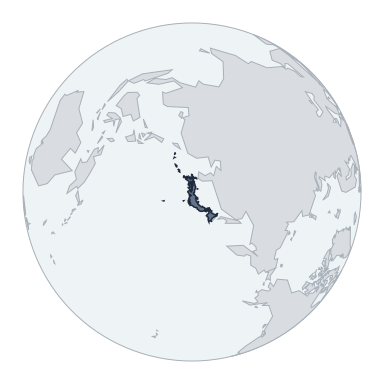 the Earth from above Japan, rotated 110°
{"feature_id": "JPN", "entity_name": "Japan", "entity_type": "country or territory", "adm_level": 0, "iso_a3": "JPN", "parent_name": "Asia", "parent_adm1": "", "projection": "orthographic", "projection_center": [135.292, 34.888], "detail": "fine", "context": "on_globe", "style": "filled", "palette": "slate", "viewbox_px": 384, "rotation_deg": 110, "n_neighbors": 0, "source": "natural_earth", "source_scale": "50m", "svg_char_len": 16943}
<svg xmlns="http://www.w3.org/2000/svg" viewBox="0 0 384 384"><g transform="rotate(110 192 192)"><circle cx="192" cy="192" r="169" fill="#eef3f6" stroke="#a8b0b8"/><path d="M306.2,296.4L306.1,297.1L305.9,297.3L306.2,296.4ZM328.1,91.9L327.0,91.0L329.6,94.0L333.2,99.2L332.9,98.8L331.0,95.9L327.1,92.2L326.9,93.9L318.8,89.1L302.9,77.5L304.5,76.7L300.5,74.4L298.3,75.5L297.9,76.8L281.2,73.7L272.3,81.0L274.8,87.5L270.1,83.2L278.5,98.9L277.1,107.5L275.4,95.3L272.7,92.3L270.1,96.6L266.7,94.5L263.6,95.6L259.8,92.9L259.1,86.5L256.6,84.7L255.0,88.0L250.1,87.6L253.0,83.0L244.8,82.1L242.1,72.2L252.8,63.8L248.1,57.7L250.5,47.9L247.0,47.2L245.7,43.7L241.3,41.7L243.0,40.9L237.9,40.1L237.2,41.3L234.7,41.5L232.0,40.6L233.7,39.2L235.4,39.4L234.5,38.6L236.5,38.4L233.9,38.0L236.4,36.7L230.0,36.7L228.6,34.6L231.3,34.2L236.2,35.9L254.5,40.4L258.7,41.2L259.8,40.2L250.9,34.5L253.4,35.0L253.0,34.5L249.3,33.2L248.2,33.2L241.1,31.1L240.7,31.9L237.8,31.3L235.2,31.8L230.1,30.1L226.4,28.3L228.2,27.9L226.7,27.3L220.4,26.6L219.5,25.4L214.3,24.5L226.5,26.6L238.5,29.6L250.2,33.4L261.7,38.1L272.7,43.6L283.4,49.9L293.5,56.9L303.1,64.7L312.1,73.2L320.5,82.3L328.1,91.9ZM341.2,179.8L339.8,176.7L341.6,177.0L341.2,179.8ZM338.3,176.0L339.0,176.8L338.3,176.3L338.3,176.0ZM337.5,176.4L338.1,176.1L337.5,176.8L337.5,176.4ZM336.4,177.4L336.9,176.7L336.9,176.9L336.4,177.4ZM334.4,177.9L333.8,177.9L334.2,176.9L334.4,177.9ZM298.2,77.9L298.6,75.8L301.8,75.8L301.9,77.7L298.2,77.9ZM291.6,78.6L290.9,76.8L295.4,78.9L294.4,79.3L291.6,78.6ZM277.4,92.9L278.4,90.5L278.6,93.6L277.4,92.9ZM263.8,96.3L264.6,97.7L262.6,97.7L263.8,96.3ZM238.2,32.8L236.8,32.3L238.0,32.4L238.2,32.8ZM238.5,33.5L241.0,34.1L241.5,34.5L239.9,34.2L238.5,33.5ZM255.0,93.6L251.6,93.4L255.0,92.5L255.0,93.6ZM235.3,32.9L242.0,35.3L242.9,36.2L237.7,35.8L235.3,32.9ZM249.5,92.5L241.2,92.5L242.3,95.5L234.7,87.3L244.2,89.8L248.2,88.1L247.5,90.6L249.5,92.5ZM238.1,42.1L238.8,40.8L240.7,42.8L238.1,42.1ZM240.0,43.4L249.6,50.1L247.3,51.9L244.5,49.1L243.6,52.5L237.7,50.0L236.9,47.6L239.6,46.9L235.3,46.6L240.0,43.4ZM231.8,83.0L229.7,82.2L231.8,81.9L231.8,83.0ZM233.9,41.7L236.0,42.8L234.2,44.4L229.6,42.5L231.7,42.6L233.9,41.7ZM246.2,54.7L244.0,55.7L238.6,53.9L237.1,54.1L237.4,50.1L246.2,54.7ZM230.7,41.8L227.3,41.6L225.7,40.1L231.7,40.8L230.7,41.8ZM235.7,45.6L234.6,46.3L233.7,45.3L235.7,45.6ZM218.1,35.3L220.7,36.2L220.0,37.1L218.1,35.3ZM226.1,41.7L226.7,42.2L226.7,42.7L224.2,42.4L226.1,41.7ZM233.6,49.2L231.9,48.4L233.2,50.8L229.3,49.8L230.2,47.3L228.2,48.0L226.9,47.7L229.1,46.1L233.6,49.2ZM221.6,43.7L221.4,40.6L216.8,38.5L217.3,37.6L224.7,41.2L221.6,43.7ZM225.8,45.2L223.3,44.0L225.2,43.4L228.1,43.8L225.8,45.2ZM226.3,50.1L232.1,52.2L231.7,52.7L226.3,50.1ZM219.9,43.1L220.0,43.9L219.3,43.0L219.9,43.1ZM223.9,48.0L226.0,48.6L225.5,49.2L223.9,48.0ZM218.4,45.0L218.3,44.0L220.2,44.2L218.4,45.0ZM220.6,46.5L219.4,47.1L221.0,44.9L221.6,46.7L220.6,46.5ZM223.1,48.4L223.4,48.9L222.3,48.1L223.1,48.4ZM211.0,45.1L212.6,42.3L216.9,42.6L214.8,45.3L211.0,45.1ZM61.4,84.7L62.1,84.1L52.9,97.5L50.0,104.1L58.2,97.0L62.8,85.7L68.8,79.5L69.1,84.6L65.8,95.4L68.0,93.4L74.4,83.4L78.0,83.2L77.1,79.9L74.2,83.2L73.6,81.4L76.2,78.3L77.4,78.2L79.6,74.7L73.4,76.7L69.8,80.3L73.0,74.0L67.3,79.6L66.6,79.6L76.0,70.2L78.4,68.4L92.2,56.9L89.9,58.1L76.8,69.3L78.9,67.1L75.7,69.6L79.9,66.0L94.8,54.1L99.5,50.6L112.0,43.2L120.1,39.1L115.7,41.3L117.9,40.4L114.0,42.6L114.9,43.4L112.0,45.8L118.5,44.2L117.8,45.4L114.2,45.9L110.0,47.8L103.4,55.0L103.9,55.7L108.7,54.3L106.2,56.7L111.7,54.5L110.9,58.5L116.5,51.9L122.2,50.7L125.1,52.4L128.0,51.1L123.3,48.4L120.6,48.5L116.6,50.4L109.9,50.5L110.9,48.6L121.6,44.5L124.2,41.6L131.4,40.3L139.7,47.2L139.9,51.6L127.4,61.3L123.8,60.7L126.5,56.7L118.3,61.5L121.7,60.5L119.7,62.8L124.7,62.8L123.5,64.4L130.3,61.9L129.4,63.9L125.1,65.4L131.7,67.8L131.5,72.3L133.6,72.1L135.8,70.7L134.1,77.6L135.7,77.2L136.9,74.7L140.9,72.4L147.2,71.2L146.2,73.7L143.8,74.4L137.3,80.0L131.0,82.1L131.3,83.0L136.5,81.9L144.4,75.0L148.5,73.6L145.2,76.9L146.8,75.6L148.5,75.7L149.3,78.3L153.1,74.7L173.5,74.2L177.1,79.6L171.9,82.4L185.1,86.1L188.1,92.9L189.2,90.4L196.3,91.2L195.4,89.0L196.5,88.0L214.3,90.1L217.7,92.8L226.6,91.9L227.2,90.8L225.1,88.6L234.7,87.3L242.3,95.5L240.6,97.5L246.5,101.6L241.8,106.0L240.7,111.8L232.1,114.9L232.0,119.6L234.3,120.7L235.9,128.3L231.0,140.8L224.6,125.6L230.0,107.9L226.9,114.5L224.5,111.6L221.5,113.3L219.6,118.3L221.3,119.7L202.5,122.5L191.7,134.7L199.9,136.0L203.0,141.3L198.0,158.5L174.5,177.0L178.3,186.0L177.1,191.0L170.7,192.5L172.2,185.2L167.6,181.2L169.4,177.1L159.7,177.9L161.9,172.1L153.2,175.9L154.2,181.3L162.0,182.5L153.5,188.8L158.7,199.2L157.0,209.2L140.3,222.4L126.7,223.3L125.4,226.0L121.3,220.9L113.9,224.4L120.1,244.3L119.2,249.0L108.1,253.9L108.2,250.4L97.3,236.7L93.8,246.8L102.1,259.9L104.8,271.6L97.9,265.4L95.2,254.9L91.4,249.7L93.4,240.6L92.2,224.4L85.2,223.7L86.8,218.0L84.0,202.6L74.6,201.0L58.9,207.4L55.1,221.0L50.5,223.9L48.9,197.8L52.2,182.9L49.1,181.0L49.6,163.9L43.2,150.1L44.5,145.5L42.8,144.4L43.5,136.5L46.4,129.4L45.8,126.7L38.7,145.6L39.6,148.7L43.5,147.0L41.1,152.7L40.7,161.8L33.1,167.0L27.2,158.7L30.4,147.7L45.5,111.0L47.1,108.9L47.3,108.6L47.8,108.0L45.3,110.8L49.1,104.3L37.0,127.0L33.4,135.3L27.1,159.0L26.7,159.6L25.8,165.8L27.6,172.7L26.8,175.9L23.7,185.9L23.1,188.5L23.8,176.0L25.4,163.6L28.0,151.4L31.5,139.3L35.8,127.6L41.0,116.2L47.0,105.2L53.9,94.7L61.4,84.7ZM58.4,112.7L58.9,119.8L65.4,111.0L66.1,113.1L68.0,109.5L65.8,110.4L71.5,101.3L74.2,102.7L77.5,99.8L77.5,97.3L71.8,96.3L63.6,109.0L60.6,109.8L58.4,112.7ZM133.7,34.2L130.3,35.6L128.7,35.8L132.5,34.0L134.8,33.4L133.7,34.2ZM125.8,37.5L135.5,34.7L133.5,36.1L133.0,35.7L130.7,36.9L129.2,36.7L117.9,41.3L115.8,42.0L124.0,37.4L122.5,38.4L125.9,36.8L125.8,37.5ZM163.6,28.6L167.7,28.4L158.1,31.6L155.3,31.5L158.9,29.2L164.3,28.1L163.6,28.6ZM224.9,32.1L227.1,32.5L226.6,32.8L224.4,32.7L224.9,32.1ZM219.4,35.6L214.7,30.7L217.0,30.8L211.6,28.3L215.5,27.8L218.9,29.4L217.8,27.4L222.5,28.7L221.1,27.4L228.3,31.0L232.4,32.4L226.3,30.9L222.6,31.2L222.2,31.7L224.3,34.5L231.3,38.1L228.8,39.3L225.1,39.3L223.0,38.6L225.3,37.9L220.9,37.5L222.6,36.1L219.4,35.6ZM183.3,43.3L186.9,41.9L178.3,42.7L180.0,40.5L178.9,40.7L178.1,39.0L175.2,37.4L176.7,36.6L174.9,36.4L174.4,35.4L172.4,34.9L174.5,33.4L172.3,32.7L174.5,32.4L170.2,31.8L174.3,31.6L174.0,30.5L170.2,31.3L186.0,25.9L189.4,24.5L190.0,23.7L197.1,24.0L201.0,25.2L202.5,27.3L198.2,28.8L202.2,28.9L201.3,29.8L198.5,29.4L202.3,30.6L200.8,31.3L202.1,34.3L208.4,36.2L209.1,37.5L205.9,37.2L208.7,38.8L203.1,39.2L203.5,40.2L198.3,41.8L191.9,40.9L192.8,42.2L188.9,43.7L183.3,43.3ZM209.4,45.5L201.4,44.3L198.4,42.7L208.7,40.7L209.2,39.6L215.6,38.7L219.8,41.2L217.6,41.2L216.4,41.8L215.6,40.8L215.3,42.1L212.2,42.2L211.2,43.3L208.9,42.6L209.4,45.5ZM80.2,65.3L78.6,66.8L76.8,68.5L74.8,70.3L80.2,65.3ZM90.1,57.2L90.3,57.1L89.3,57.9L87.0,59.6L90.1,57.2ZM91.9,56.0L89.5,57.7L91.8,56.0L91.9,56.0ZM113.6,46.7L112.9,47.7L111.6,48.2L110.5,48.2L113.6,46.7ZM158.0,46.7L160.5,45.7L161.1,46.1L167.1,45.7L166.3,47.6L162.4,48.5L158.0,46.7ZM57.1,96.6L56.1,96.4L57.3,94.5L57.4,94.9L57.1,96.6ZM64.4,82.2L61.2,86.6L63.9,82.7L64.4,82.2ZM158.1,48.6L160.7,48.2L158.7,49.4L158.1,48.6ZM166.0,48.9L164.2,50.4L166.9,47.8L166.0,48.9ZM145.2,306.5L150.3,308.1L150.2,308.7L145.2,306.5ZM139.8,303.2L145.5,304.7L138.9,304.2L139.8,303.2ZM147.8,305.3L153.6,305.4L156.1,305.0L155.7,306.1L147.8,305.3ZM136.0,302.3L116.0,296.0L108.3,291.7L109.9,290.1L122.3,295.0L136.0,302.3ZM109.3,289.8L97.9,278.9L83.9,252.5L88.9,255.4L103.8,274.2L102.8,275.8L109.7,283.7L109.3,289.8ZM137.8,287.1L136.7,292.8L125.5,289.1L120.5,286.5L117.0,277.6L119.0,274.2L123.0,275.7L139.7,266.4L145.3,271.4L139.9,276.0L144.6,282.6L137.8,287.1ZM55.4,222.8L56.8,233.3L54.4,232.8L55.4,222.8ZM147.3,258.1L140.0,262.7L147.0,255.9L147.3,258.1ZM151.9,251.0L152.0,254.3L149.6,250.5L151.9,251.0ZM124.5,230.6L120.2,229.9L120.5,227.5L126.2,227.0L124.5,230.6ZM155.6,217.6L154.0,224.7L152.6,226.9L151.4,222.1L155.6,217.6ZM155.0,66.3L147.5,64.5L141.6,65.1L137.5,67.9L140.1,63.4L149.2,62.5L155.0,66.3ZM171.3,72.9L174.9,70.7L175.5,72.5L174.8,73.2L171.3,72.9ZM171.9,71.0L172.3,67.0L175.7,66.4L174.8,69.6L171.9,71.0ZM164.9,56.9L162.7,56.2L164.4,55.1L164.9,56.9ZM268.4,341.3L271.2,340.4L266.7,343.1L260.0,346.4L252.9,349.1L268.4,341.3ZM214.9,356.3L213.0,354.7L220.7,353.9L218.9,355.6L214.9,356.3ZM273.2,338.5L277.2,335.5L277.2,333.4L278.6,334.7L283.6,332.5L273.0,339.5L273.2,338.5ZM182.0,346.6L151.0,347.2L143.6,344.9L144.3,342.9L135.3,333.5L137.6,334.3L134.6,328.0L152.3,326.8L164.7,318.4L175.9,320.7L183.5,313.4L195.5,315.0L192.6,321.2L205.8,325.9L212.9,311.9L222.8,326.7L233.6,330.9L238.7,338.2L226.1,350.5L217.1,353.0L214.6,352.3L211.0,353.4L204.4,353.2L199.1,349.9L195.7,350.9L198.2,348.3L193.7,350.5L189.5,348.1L182.0,346.6ZM268.3,319.2L270.5,319.1L274.5,320.3L270.9,320.8L268.3,319.2ZM300.7,301.5L302.0,302.0L299.6,303.3L300.7,301.5ZM305.9,297.3L303.0,299.1L306.2,296.4L305.9,297.3ZM277.9,308.8L279.2,309.4L278.3,309.9L277.9,308.8ZM277.0,308.8L278.1,307.1L278.1,308.5L277.0,308.8ZM265.8,303.0L267.0,302.0L267.6,302.5L265.8,303.0ZM157.9,309.7L164.9,306.6L168.9,306.9L157.9,309.7ZM263.8,301.7L260.7,302.0L260.9,301.1L263.8,301.7ZM263.8,299.7L263.4,298.5L265.6,301.0L263.8,299.7ZM257.7,297.8L261.6,299.5L257.2,298.2L257.7,297.8ZM255.4,298.4L252.7,297.8L252.8,297.4L255.4,298.4ZM226.0,302.2L236.1,309.0L228.3,309.2L219.5,304.9L213.3,309.0L198.8,307.8L201.9,305.3L199.7,301.1L185.2,298.3L182.3,295.2L187.3,293.9L177.9,290.6L188.1,290.5L192.5,296.6L198.3,292.6L208.8,294.3L219.2,296.5L228.0,300.6L226.0,302.2ZM188.5,302.9L190.3,303.1L188.8,304.6L188.5,302.9ZM247.4,295.3L251.4,297.6L251.0,298.3L249.1,298.1L247.4,295.3ZM229.9,299.6L239.1,294.6L241.4,294.6L235.3,300.1L229.9,299.6ZM236.7,291.7L241.2,292.1L243.6,294.6L242.7,295.3L236.7,291.7ZM167.7,295.1L167.3,296.6L164.7,294.9L167.7,295.1ZM171.0,294.6L178.9,297.5L170.3,295.9L171.0,294.6ZM148.0,284.7L150.1,289.0L157.0,288.0L151.8,290.4L156.6,297.5L155.1,299.4L150.3,291.9L148.9,298.3L145.8,297.5L144.0,291.3L146.9,284.8L150.0,282.4L162.5,283.7L148.0,284.7ZM170.8,290.0L168.8,285.3L170.4,282.5L172.6,285.2L170.8,290.0ZM163.1,273.3L158.1,266.9L153.2,267.9L163.4,262.3L166.5,269.4L163.1,273.3ZM159.4,260.5L154.8,261.5L159.8,258.0L159.4,260.5ZM153.8,259.4L153.7,255.4L157.1,256.7L153.8,259.4ZM161.7,261.2L163.2,254.8L164.6,259.0L161.7,261.2ZM153.1,246.4L159.9,254.5L150.5,249.6L151.7,236.7L155.8,237.4L153.1,246.4ZM186.4,198.4L186.2,194.4L190.4,194.2L189.3,197.0L186.4,198.4ZM203.9,191.0L191.5,192.9L181.5,194.7L183.9,197.0L180.4,203.1L177.5,196.3L185.6,190.3L192.9,190.1L195.4,184.9L201.6,182.0L202.3,175.1L205.4,172.5L207.0,178.9L203.9,191.0ZM202.3,172.1L205.8,160.3L213.0,163.1L213.9,166.3L209.2,170.4L205.7,168.7L202.3,172.1ZM208.7,158.4L205.3,156.7L203.2,138.3L204.6,135.2L210.0,150.0L207.1,149.3L206.3,153.5L208.7,158.4ZM229.6,83.6L229.7,82.3L231.0,83.6L229.6,83.6ZM195.9,86.8L197.5,85.6L199.1,86.9L195.9,86.8ZM203.0,83.1L200.1,82.3L203.6,82.1L203.0,83.1ZM193.6,81.0L199.2,81.5L193.3,82.5L193.6,81.0Z" fill="#d9dde1" stroke="#a8b0b8" stroke-width="1"/><path d="M205.1,172.5L205.6,172.4L205.5,173.3L205.7,174.4L205.8,174.7L206.6,175.6L207.1,177.0L207.2,178.1L207.1,179.1L206.6,179.5L206.4,180.1L206.2,181.2L205.4,181.4L205.1,182.0L205.1,182.6L205.4,184.0L205.4,185.1L205.3,185.4L204.8,186.2L204.5,187.7L204.7,188.2L205.3,189.2L204.8,189.4L204.4,189.8L204.3,190.6L204.2,190.8L203.5,191.3L203.2,191.7L202.9,191.6L203.0,191.4L202.9,190.5L203.5,189.7L203.2,189.4L202.9,189.5L202.7,190.0L202.5,190.5L202.6,191.0L202.1,190.6L201.5,190.7L201.3,191.0L201.2,192.0L200.9,192.4L200.6,192.6L200.4,192.4L200.5,191.6L200.7,191.4L200.3,191.2L199.9,191.3L199.2,192.4L199.0,192.8L197.5,192.6L196.3,192.9L196.8,192.5L196.8,192.3L196.2,192.3L196.0,192.1L196.0,192.5L195.8,192.4L195.8,191.7L195.6,191.5L195.4,191.7L195.0,192.6L195.9,193.3L195.8,193.6L194.5,194.1L193.5,195.9L193.0,196.1L192.4,195.9L191.6,194.6L191.5,193.8L192.0,193.4L192.3,192.8L192.2,192.7L191.4,192.8L190.7,192.4L189.5,192.5L188.8,193.0L187.5,193.3L186.8,193.7L186.5,193.6L185.6,193.8L185.0,193.5L184.7,193.6L184.6,193.8L184.3,195.0L183.3,194.3L182.1,194.6L181.7,194.3L181.3,194.5L181.3,193.6L181.6,193.2L182.4,193.2L184.7,191.5L185.8,190.4L186.3,190.1L187.1,190.0L187.4,190.3L188.0,190.1L188.9,190.2L191.7,189.5L191.9,189.5L191.9,189.9L192.1,190.1L192.9,190.2L193.5,189.9L193.9,189.4L193.7,188.7L193.8,188.4L195.3,186.5L195.4,185.9L195.4,185.2L195.6,184.6L196.7,184.2L196.8,184.4L195.8,185.4L196.0,185.7L196.1,186.2L196.6,186.5L196.8,186.4L197.2,185.9L199.1,185.0L199.8,184.3L200.4,183.1L201.4,182.3L201.7,181.1L202.3,180.0L202.5,179.0L202.8,178.4L202.8,177.8L202.6,177.1L202.1,177.0L202.4,176.6L202.6,175.9L202.4,175.1L202.4,174.7L203.1,174.2L203.2,173.7L203.1,173.3L203.3,173.0L203.8,173.1L204.0,174.0L204.6,173.8L205.0,174.0L205.2,173.7L205.2,173.0L205.1,172.9L204.2,173.3L204.2,172.9L204.4,172.2L205.1,172.5ZM210.0,164.1L210.6,164.1L211.4,164.5L211.9,164.5L212.2,164.3L213.1,163.2L212.8,164.6L212.8,164.9L212.9,165.2L213.5,166.2L213.8,166.2L214.1,165.9L214.5,165.8L214.1,166.2L213.8,166.5L213.5,166.6L212.7,167.2L212.1,167.4L211.1,167.4L210.7,167.7L209.9,168.6L209.7,169.1L209.5,170.1L209.4,170.4L207.7,169.8L206.2,168.9L205.3,169.1L204.4,169.7L203.8,169.1L203.3,169.2L203.0,169.5L203.0,169.9L203.4,170.4L203.9,170.4L204.9,171.3L204.5,171.5L203.8,171.3L203.0,172.4L202.7,172.5L202.5,172.4L202.4,172.1L202.6,171.1L202.4,170.6L201.9,170.0L201.9,169.2L202.0,169.0L202.4,168.7L203.1,168.0L203.2,167.7L203.0,167.4L202.9,167.0L203.1,166.9L203.9,167.2L204.5,167.3L204.9,167.2L205.0,166.9L205.0,165.9L205.4,164.8L205.4,164.0L205.6,163.4L205.6,162.7L205.4,162.1L205.1,161.5L205.2,160.8L205.7,160.4L207.9,162.7L210.0,164.1ZM181.6,195.4L182.4,195.7L182.9,195.5L183.2,195.6L183.2,195.9L182.7,196.6L183.6,196.7L183.5,197.1L183.7,197.3L183.6,197.5L183.9,197.8L183.0,199.0L182.4,200.7L182.4,201.3L182.1,202.1L181.4,201.9L181.3,202.1L181.4,202.5L180.4,203.1L180.7,202.4L180.5,201.5L180.7,201.4L180.7,201.1L180.4,201.1L180.1,201.5L180.1,202.0L180.3,202.4L180.1,202.7L179.2,202.3L179.1,201.9L179.4,201.8L179.5,201.4L179.2,200.9L179.3,199.9L179.8,199.6L180.5,198.4L180.1,198.3L180.3,198.1L180.3,197.8L179.9,197.0L179.5,196.7L179.3,196.9L179.3,197.7L179.7,197.7L179.7,198.1L179.0,197.9L178.3,198.5L178.5,198.0L178.1,197.5L178.1,197.0L178.5,197.5L178.9,197.7L178.7,197.1L177.9,196.5L178.0,196.2L178.6,196.3L178.6,195.9L179.4,195.5L179.9,195.4L180.2,194.8L180.8,194.6L181.4,194.8L181.6,195.4ZM189.7,193.9L190.4,193.9L190.5,195.1L189.8,195.8L189.4,196.3L189.3,196.8L188.7,196.2L187.9,196.0L187.1,196.5L186.7,197.3L186.4,197.5L186.3,198.0L185.8,198.2L185.4,198.2L185.6,197.8L185.1,197.7L185.1,197.4L184.9,197.3L185.1,196.6L184.9,196.5L184.9,196.2L184.0,196.4L185.5,195.4L185.9,194.6L186.2,194.3L186.7,194.8L186.9,194.8L187.8,194.5L188.0,194.2L187.9,193.9L188.1,193.9L188.7,193.6L189.0,193.5L189.7,193.9ZM173.5,215.6L172.4,216.1L172.5,216.4L172.2,216.6L172.2,216.9L171.8,217.1L172.1,216.1L172.7,215.7L172.6,215.4L173.1,215.5L173.5,214.9L173.7,215.1L173.5,215.6ZM199.1,183.2L198.8,183.2L199.0,183.2L199.0,182.8L198.9,182.7L199.4,181.8L199.3,182.5L199.6,182.5L199.5,183.0L199.1,183.2ZM176.9,211.0L176.6,211.4L176.1,211.0L177.5,210.3L177.5,210.6L176.9,211.0ZM179.3,199.2L178.8,199.6L178.7,199.4L178.9,199.3L178.8,199.1L178.9,198.6L179.3,198.6L179.3,199.2ZM191.1,193.8L190.9,194.0L190.6,194.0L190.5,193.7L190.9,193.2L191.3,193.0L191.1,193.4L191.1,193.8ZM180.1,205.3L179.7,205.3L179.5,205.0L179.8,204.7L180.2,205.0L180.3,205.0L180.1,205.3ZM177.9,192.6L177.6,193.3L177.4,193.1L177.5,192.4L177.9,192.2L177.9,192.6ZM181.0,205.0L180.8,205.0L180.8,204.8L181.3,203.7L181.3,204.3L181.0,205.0ZM175.6,197.7L176.0,197.7L176.1,198.1L175.6,198.2L175.6,197.7ZM177.3,193.8L177.2,193.9L177.1,193.7L177.2,193.2L177.5,193.3L177.3,193.8ZM161.5,221.4L161.0,221.3L161.0,221.2L161.3,220.9L161.7,221.1L161.5,221.4ZM187.4,188.1L187.1,188.1L187.0,187.8L187.3,187.7L187.4,188.1ZM176.6,197.6L176.5,197.2L176.8,196.7L176.9,197.1L176.6,197.6ZM162.7,220.6L162.5,221.2L162.2,221.2L162.4,220.9L162.7,220.6ZM175.6,212.6L175.3,212.5L175.4,212.0L175.5,212.0L175.6,212.6ZM204.5,161.5L204.2,161.5L204.1,161.4L204.4,161.3L204.5,161.5ZM179.8,199.0L179.6,199.0L179.4,198.8L179.8,198.7L180.0,198.7L179.8,199.0ZM201.2,170.7L201.0,170.3L201.3,170.2L201.2,170.7ZM184.5,194.7L184.7,194.8L185.0,194.8L184.8,195.0L184.5,194.9L184.5,194.7ZM203.9,160.7L203.9,161.2L203.7,160.7L203.9,160.7ZM177.7,196.5L177.4,196.6L177.7,196.2L177.9,196.1L177.7,196.5ZM165.8,220.5L165.3,220.5L165.4,220.1L165.5,220.3L165.8,220.5ZM178.5,195.0L178.4,195.1L178.2,195.0L178.4,194.7L178.5,195.0ZM189.8,193.1L189.5,193.4L189.3,193.1L189.7,193.0L189.8,193.1ZM176.5,211.5L176.3,211.5L176.2,211.2L176.3,211.3L176.5,211.5ZM202.1,192.3L201.9,192.4L201.9,192.1L202.1,192.3ZM178.2,200.8L177.9,201.2L178.0,201.0L178.2,200.8ZM185.3,194.0L185.3,194.3L185.1,194.3L185.3,194.0ZM203.2,197.1L203.1,196.9L203.3,197.0L203.2,197.1ZM210.1,215.4L210.1,215.7L209.9,215.4L210.1,215.4Z" fill="#64748b" stroke="#1e293b" stroke-width="1.5"/></g></svg>